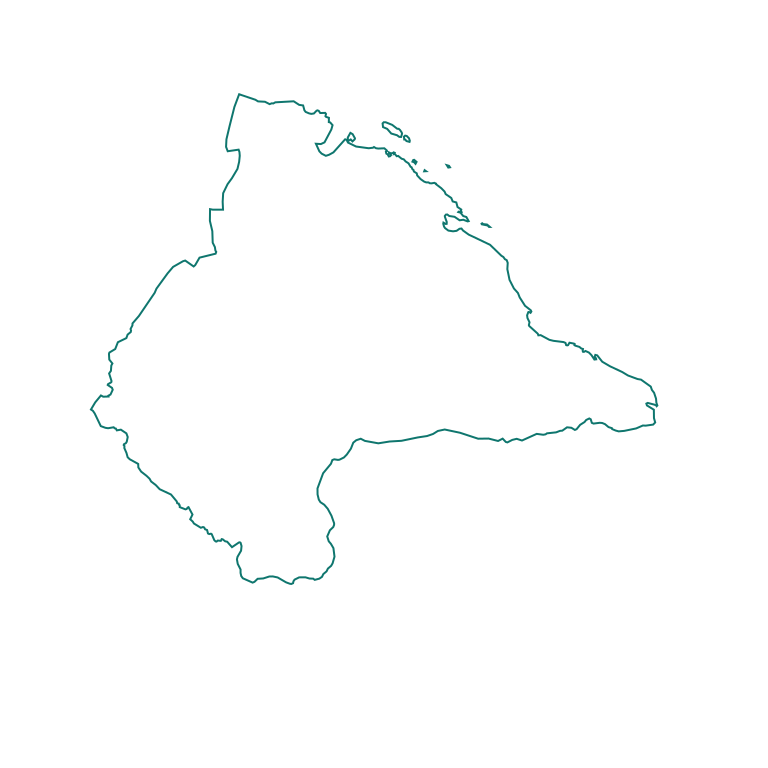 Morombe, Atsimo-Andrefana, Madagascar (Albers equal-area conic projection), rotated 116°
{"feature_id": "10022922B72547257848133", "entity_name": "Morombe", "entity_type": "district", "adm_level": 2, "iso_a3": "MDG", "parent_name": "Madagascar", "parent_adm1": "Atsimo-Andrefana", "projection": "albers", "projection_center": [43.782, -21.873], "detail": "fine", "context": "isolated", "style": "outline", "palette": "teal", "viewbox_px": 768, "rotation_deg": 116, "n_neighbors": 0, "source": "geoboundaries", "source_scale": "gbopen_adm2", "svg_char_len": 6173}
<svg xmlns="http://www.w3.org/2000/svg" viewBox="0 0 768 768"><g transform="rotate(116 384 384)"><path d="M602.9,378.4L601.0,378.9L599.0,378.6L595.0,375.5L592.2,369.9L591.5,365.7L590.0,362.3L590.4,360.4L587.3,356.8L584.5,355.2L581.4,355.2L577.6,353.5L574.5,353.5L570.6,351.8L567.7,351.6L560.9,352.8L553.7,357.5L550.9,361.7L549.6,364.7L545.9,368.2L539.2,368.5L534.8,366.9L532.5,367.1L531.0,367.8L525.4,373.5L520.8,379.9L518.7,384.8L518.1,389.3L516.5,391.9L512.4,395.3L507.0,398.0L490.9,399.6L478.9,396.7L475.0,397.1L473.5,395.7L472.4,392.1L471.5,390.8L467.6,387.8L463.7,386.5L456.6,385.4L450.2,385.9L446.7,384.3L443.4,380.9L443.5,376.2L439.8,363.1L433.2,353.7L427.4,343.4L417.2,330.2L411.9,322.5L407.4,318.0L402.6,315.0L398.3,309.5L394.5,294.3L391.9,275.4L387.2,266.1L385.2,256.5L381.1,253.4L382.7,249.1L382.4,247.5L378.0,244.2L375.1,240.7L374.3,235.2L361.9,224.9L359.8,218.6L358.4,216.7L356.9,215.9L352.0,208.1L348.9,205.2L347.8,203.3L342.7,200.5L341.2,196.4L341.6,192.3L340.2,191.1L334.7,189.8L330.3,187.1L327.7,186.5L325.0,184.4L325.1,182.7L327.8,180.2L327.7,178.3L324.3,173.1L323.4,170.8L323.2,167.8L324.3,163.3L323.8,159.8L324.5,159.2L324.3,155.5L323.7,152.3L320.8,147.5L313.4,137.9L307.8,133.1L306.7,130.5L302.5,124.3L299.7,123.4L296.3,126.4L288.8,130.2L288.0,138.3L286.6,139.6L285.4,138.7L284.0,131.8L284.0,129.8L284.4,129.2L283.5,128.9L281.4,131.0L277.9,133.1L273.5,137.4L271.9,140.6L269.4,143.1L267.4,154.9L268.4,158.3L269.4,168.4L268.8,175.1L269.0,188.6L268.3,197.6L264.8,204.9L265.2,206.8L267.4,206.5L268.0,204.7L268.8,204.1L269.8,205.6L267.1,210.2L265.9,213.6L266.0,217.4L267.5,218.4L267.8,219.3L267.1,220.0L265.3,220.5L265.6,222.2L265.0,224.6L265.7,229.0L265.5,230.0L264.5,230.1L264.4,230.9L265.6,235.4L268.4,235.6L269.0,236.3L269.2,237.3L267.5,238.9L267.6,241.0L270.9,250.6L271.8,254.7L271.4,264.6L272.6,266.6L271.4,267.8L268.2,278.9L267.6,279.6L264.7,280.3L261.8,284.0L259.5,285.5L256.1,285.8L255.7,285.3L255.8,283.5L254.3,283.3L253.4,284.4L251.9,291.5L246.7,300.0L243.5,303.5L241.2,309.1L235.4,316.8L226.7,323.5L220.9,325.9L218.9,328.0L218.8,330.1L217.5,332.4L217.3,334.6L212.4,349.7L212.6,373.3L211.4,380.3L210.3,382.5L211.4,384.2L214.5,385.9L216.5,388.9L217.9,393.4L217.1,397.5L216.2,399.0L214.0,401.0L212.9,401.3L213.1,398.7L212.6,397.9L210.9,398.6L207.0,402.6L206.3,403.0L204.6,402.6L203.9,401.4L204.4,399.0L202.8,393.9L203.7,387.8L201.6,384.7L201.2,380.1L200.5,379.3L197.8,383.2L198.3,386.4L196.5,390.3L196.9,392.6L196.4,392.5L195.3,389.8L193.8,391.3L193.3,391.2L192.7,395.5L189.1,398.6L189.8,402.3L187.3,405.1L186.3,411.8L184.5,413.9L182.9,418.4L181.6,425.0L181.1,425.1L181.1,426.9L182.8,429.2L183.5,430.9L183.3,432.3L184.3,434.5L184.5,436.6L183.8,440.9L182.0,445.6L180.3,446.9L179.9,450.3L178.7,451.3L178.5,452.6L177.1,454.2L177.1,455.3L174.9,458.7L174.5,462.1L173.4,464.7L173.8,466.9L172.8,471.2L173.7,472.4L172.4,475.3L172.7,475.6L171.5,475.7L171.6,476.9L172.6,477.3L173.7,479.0L173.7,481.0L174.3,480.6L175.2,478.0L176.6,478.4L177.4,479.4L176.0,481.4L175.9,482.9L174.4,484.1L173.5,483.5L172.9,483.8L172.0,487.0L174.9,492.4L175.6,494.6L175.4,496.9L176.5,497.5L178.8,501.1L182.8,513.2L182.8,522.2L180.9,524.7L181.1,526.2L198.0,531.0L202.1,533.9L204.4,536.3L204.3,541.0L203.2,544.1L197.9,550.5L196.0,545.9L192.9,543.4L178.4,542.9L173.9,543.7L172.5,547.0L172.8,548.4L168.9,550.2L169.3,553.2L169.0,554.0L166.7,554.5L166.1,555.7L168.4,560.1L167.1,562.4L167.2,563.7L167.9,564.4L171.6,565.6L173.1,567.8L173.6,569.9L173.8,573.7L172.9,575.5L169.1,578.8L170.3,582.6L169.5,589.1L178.5,605.2L180.4,606.5L180.9,607.9L182.6,609.5L182.5,614.7L185.2,621.1L184.9,624.2L187.1,641.2L200.6,639.9L219.7,635.9L233.1,632.9L240.1,629.9L243.3,626.5L237.1,617.4L238.9,615.6L242.1,613.7L247.8,611.6L254.9,610.0L265.7,610.9L273.0,612.2L283.0,612.2L290.9,608.9L297.9,605.1L302.4,614.4L303.1,617.0L313.7,612.0L321.9,605.3L332.1,599.9L335.1,596.0L338.0,594.0L338.8,592.7L340.7,592.5L351.3,605.2L359.9,605.8L361.8,606.6L360.2,616.8L361.8,618.5L371.2,624.9L379.4,627.0L398.0,630.3L402.6,630.1L430.3,634.1L439.8,636.6L441.6,635.8L445.7,635.9L446.8,634.8L448.3,634.4L452.0,636.1L455.7,635.7L463.1,641.5L470.4,640.9L476.1,644.6L477.5,644.4L482.5,641.6L484.6,637.1L486.9,637.2L491.9,635.2L495.0,635.7L500.8,630.2L502.0,629.9L505.2,632.0L506.0,631.9L506.7,626.8L508.1,625.3L513.4,625.2L515.3,626.6L516.0,626.1L518.5,630.8L518.4,633.4L527.1,635.5L535.4,636.2L535.7,633.9L537.3,631.1L546.0,620.1L545.5,615.2L544.7,612.6L541.4,608.0L541.9,606.7L541.6,605.5L542.8,603.8L540.4,600.5L541.3,593.9L544.0,591.1L548.7,589.9L550.4,590.1L552.1,591.3L553.0,591.2L553.5,590.1L555.4,589.3L558.8,585.3L562.2,582.3L563.1,579.5L563.6,569.9L566.7,568.2L569.2,563.9L570.6,557.3L571.9,553.2L573.7,550.6L574.9,544.8L576.9,539.5L576.7,527.0L580.4,518.8L581.8,517.6L581.5,516.0L582.4,515.4L582.5,514.5L584.2,513.6L583.7,507.5L582.9,506.6L581.1,506.3L580.4,505.7L585.3,498.9L590.5,498.9L591.5,495.6L592.7,493.7L593.5,485.6L591.9,484.0L591.8,482.7L593.0,481.1L592.8,479.0L595.5,476.7L595.5,475.3L594.4,473.9L594.5,473.0L598.8,468.0L599.3,466.3L599.0,465.4L597.6,464.8L596.5,461.9L594.6,461.9L594.3,460.9L595.0,457.8L594.5,455.8L597.3,449.1L590.0,444.9L589.5,444.2L589.6,443.3L592.1,441.0L596.5,439.4L603.6,439.9L606.1,439.3L609.8,436.6L613.6,431.6L616.7,430.1L619.2,428.1L620.5,425.7L620.1,415.0L618.6,413.7L614.5,412.2L611.7,407.3L607.3,402.7L605.7,399.6L604.5,394.8L605.2,385.0L604.8,381.1L604.4,379.7L602.9,378.4ZM150.4,499.5L153.5,497.5L153.3,493.0L155.7,487.3L154.7,481.3L155.2,478.6L154.4,476.9L151.1,477.5L150.2,478.3L148.7,480.9L148.2,482.7L148.8,484.0L147.5,490.2L148.0,497.2L148.9,499.0L150.4,499.5ZM178.3,524.6L180.4,523.5L180.8,522.4L178.8,521.1L179.8,518.7L177.0,517.6L175.9,517.8L173.2,521.7L173.0,524.3L178.3,524.6ZM152.9,474.5L155.4,473.0L155.0,472.0L155.8,470.3L155.2,467.2L154.1,467.4L152.2,469.2L151.1,472.3L151.5,473.9L152.9,474.5ZM172.3,452.2L170.1,452.1L169.3,455.2L169.9,455.9L171.7,455.9L171.5,454.1L172.3,452.2ZM197.6,366.1L196.1,360.3L196.8,358.5L196.4,357.7L195.5,361.3L196.8,364.9L196.5,366.2L197.2,366.6L197.6,366.1ZM159.8,423.5L161.3,421.1L160.3,419.7L159.4,421.2L159.8,423.5ZM174.0,441.2L175.2,441.1L174.3,439.5L174.0,441.2Z" fill="none" stroke="#0f766e" stroke-width="2"/></g></svg>